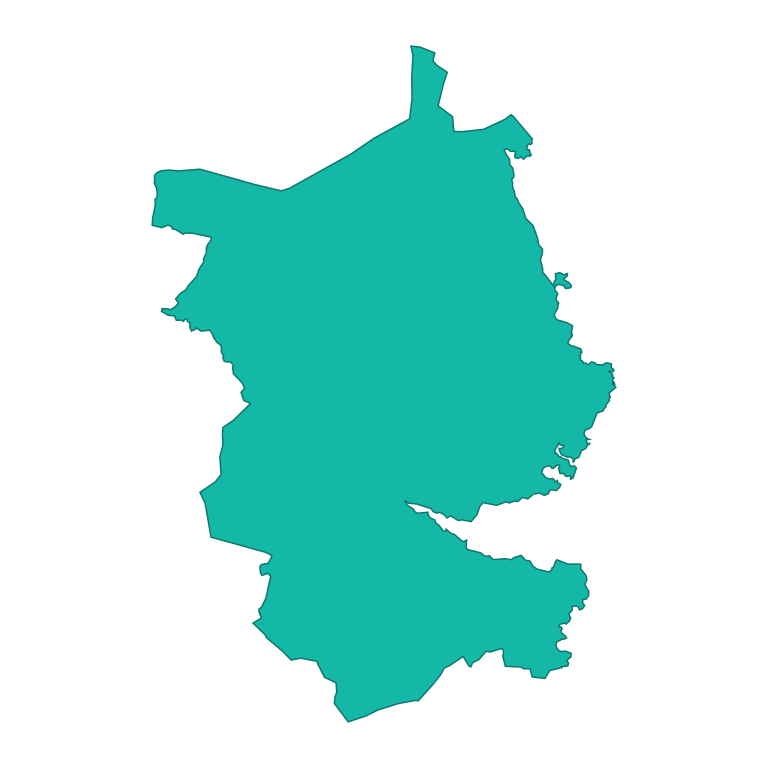 Andzeļu pag., Dagdas, Latvia
{"feature_id": "27541924B17639902411602", "entity_name": "Andzeļu pag.", "entity_type": "district", "adm_level": 2, "iso_a3": "LVA", "parent_name": "Latvia", "parent_adm1": "Dagdas", "projection": "albers", "projection_center": [27.55, 56.191], "detail": "fine", "context": "isolated", "style": "filled", "palette": "teal", "viewbox_px": 768, "rotation_deg": 0, "n_neighbors": 0, "source": "geoboundaries", "source_scale": "gbopen_adm2", "svg_char_len": 6122}
<svg xmlns="http://www.w3.org/2000/svg" viewBox="0 0 768 768"><path d="M175.6,298.9L178.4,303.0L176.0,306.1L170.6,309.9L168.4,308.9L162.2,308.6L161.5,311.4L168.0,315.2L174.7,316.0L176.3,320.3L181.6,320.1L183.5,321.4L185.1,318.8L186.5,318.9L187.6,321.6L189.9,322.8L189.9,327.5L191.4,331.0L194.7,329.7L196.2,327.9L201.0,331.1L209.9,330.2L212.1,333.5L213.9,338.0L217.0,342.4L220.8,345.3L221.5,348.2L221.3,351.8L222.4,354.3L223.7,355.1L222.7,357.5L224.4,361.5L230.8,362.1L233.6,365.7L232.6,366.9L233.4,373.7L242.4,383.2L244.6,388.3L241.0,392.3L243.4,399.3L244.2,400.9L248.7,402.4L250.1,404.0L233.3,420.4L223.0,427.4L222.4,434.7L222.9,442.7L222.5,446.7L219.8,456.7L221.1,474.5L215.3,481.9L200.0,492.3L205.1,503.2L211.0,537.2L265.2,552.2L271.7,555.4L271.3,557.6L268.1,563.3L261.6,564.4L259.9,566.4L260.5,573.1L262.0,575.5L267.9,573.2L270.7,576.3L265.9,598.2L261.6,607.0L258.9,609.3L259.1,611.9L260.1,613.7L259.6,614.0L261.5,618.0L253.0,623.1L265.2,634.9L266.8,638.0L282.3,651.0L291.1,660.0L300.7,658.2L317.2,661.3L317.7,663.7L324.5,677.3L336.1,682.8L336.7,692.3L335.0,697.0L334.3,703.4L348.2,721.9L366.2,715.8L377.9,710.0L398.1,703.6L415.5,700.4L418.3,700.8L433.5,683.8L440.9,674.4L444.2,668.1L449.5,665.6L463.1,656.5L469.2,666.4L471.0,666.7L472.6,662.7L478.9,659.6L486.1,651.3L490.0,652.0L502.1,648.4L503.4,650.9L503.5,654.1L502.7,655.6L505.3,666.3L520.8,667.0L523.2,668.6L530.2,669.0L532.2,677.0L545.0,678.4L549.8,670.5L559.1,668.3L561.3,666.8L561.5,667.7L562.4,666.5L567.8,666.0L568.5,663.2L567.0,660.4L570.9,656.8L571.2,653.3L565.4,651.1L560.2,651.5L557.6,649.5L555.9,645.6L556.7,641.8L560.8,640.0L561.4,638.9L563.6,639.4L566.6,638.0L565.6,636.1L561.4,632.8L560.9,630.5L562.2,628.9L561.0,627.0L559.3,626.9L559.1,626.0L560.1,624.2L564.3,623.2L566.0,624.1L569.3,621.2L570.7,618.2L568.8,614.0L572.1,610.3L572.2,606.5L576.1,605.9L578.2,606.9L579.5,609.8L582.6,608.7L584.6,605.5L582.8,603.4L582.7,599.7L586.5,598.9L588.6,595.6L588.7,591.4L584.9,584.6L586.9,579.7L585.9,575.2L580.6,568.8L580.9,564.8L580.5,564.1L568.0,564.1L557.0,559.8L555.6,561.3L553.6,567.1L551.9,568.0L551.9,569.5L549.9,571.5L547.7,571.7L536.8,569.0L532.6,565.8L530.0,561.0L525.6,560.3L521.1,555.4L514.3,557.5L511.0,559.7L505.0,558.7L494.0,559.6L492.1,558.7L489.6,555.8L485.0,556.3L480.7,552.8L467.4,549.5L466.1,547.2L466.6,540.0L464.2,541.4L462.3,541.3L454.7,534.7L450.1,532.8L446.2,529.1L446.0,530.6L443.4,531.2L439.3,525.6L435.8,523.0L434.9,520.0L430.2,517.8L428.4,515.1L427.8,512.3L417.2,513.2L414.7,511.5L413.3,509.0L406.9,505.0L406.4,504.0L407.1,502.8L404.8,501.6L405.7,500.6L406.9,502.4L408.9,503.2L416.7,504.0L431.2,508.7L433.1,511.6L436.6,513.1L440.0,512.4L444.8,515.2L446.9,518.0L450.5,515.8L458.2,520.5L462.1,519.9L471.1,521.6L476.8,515.0L479.9,506.5L483.0,502.7L496.7,505.3L506.1,501.8L509.5,503.0L513.8,501.2L518.0,501.4L522.7,497.4L527.8,498.9L533.5,494.1L539.8,493.1L544.3,495.4L548.5,493.6L549.6,490.6L551.3,489.7L556.5,490.5L559.7,487.2L560.8,484.4L557.8,482.9L557.4,480.5L555.0,482.0L554.1,479.6L552.3,478.4L550.1,479.1L545.9,477.8L541.8,472.9L541.9,471.1L542.9,469.6L542.8,468.2L547.5,466.0L550.7,466.4L551.7,468.3L553.5,468.3L556.8,465.2L559.2,465.1L559.9,465.9L558.7,468.1L558.8,469.6L560.1,473.6L563.6,473.3L565.2,475.8L566.9,476.5L570.6,475.8L571.3,476.5L570.3,478.5L570.5,479.3L573.1,478.0L576.4,468.0L574.3,465.8L570.5,466.5L568.0,459.9L562.7,458.5L561.2,457.0L559.2,456.7L556.3,453.1L555.2,453.2L555.0,449.4L557.8,445.7L557.8,443.8L559.2,443.0L560.0,444.9L564.0,445.5L563.5,446.9L561.1,448.7L559.1,448.4L559.5,450.8L561.5,454.7L567.5,457.2L570.5,456.9L573.3,459.3L573.1,462.0L574.1,461.4L575.0,458.7L578.7,457.4L581.5,450.6L585.5,448.7L587.7,444.9L590.5,443.4L587.7,443.6L586.2,441.3L586.5,439.7L589.3,439.4L586.6,438.2L584.4,435.5L584.1,433.3L585.3,429.9L588.8,428.9L591.7,426.6L597.1,412.9L603.2,410.9L604.0,408.8L606.1,406.7L606.0,404.8L609.4,400.7L608.8,399.1L610.3,397.1L609.0,393.1L615.8,387.4L614.2,385.6L614.8,384.7L614.5,384.0L612.6,384.2L612.7,382.8L614.1,382.6L613.0,381.5L612.5,379.5L614.0,377.8L612.5,376.6L612.7,374.3L608.3,371.1L612.4,371.8L613.8,371.0L613.8,369.6L611.4,367.7L611.2,363.7L606.3,362.8L602.4,364.9L596.7,364.7L595.0,362.9L591.5,361.8L588.5,364.7L585.2,362.9L583.6,363.3L582.6,361.2L580.2,359.9L580.7,357.4L579.5,355.9L580.9,354.7L580.6,352.9L582.0,352.0L581.0,350.6L581.0,349.1L573.3,346.0L571.7,346.2L567.8,343.3L568.8,340.6L572.1,336.0L572.3,334.3L571.5,332.5L572.6,325.8L566.8,322.6L556.9,319.8L554.3,315.8L554.9,313.1L557.7,308.4L558.2,304.9L557.7,304.1L558.7,303.2L556.1,299.8L556.4,297.0L557.8,294.0L554.9,289.8L554.7,287.9L556.4,285.4L559.8,284.4L564.5,286.2L564.9,287.8L566.0,288.5L570.5,287.8L571.5,286.0L569.2,282.8L564.0,279.9L565.0,277.9L567.3,275.9L567.4,273.6L563.7,274.7L559.6,272.6L555.4,273.8L555.7,279.2L554.1,282.0L553.6,286.0L544.0,273.6L543.4,273.7L542.6,272.2L542.7,268.9L540.4,259.3L542.4,253.6L542.5,249.0L538.7,244.9L537.7,238.6L533.1,225.7L525.6,218.1L522.9,208.9L518.6,202.6L517.1,198.7L515.3,196.8L514.2,191.0L512.8,188.4L512.4,184.4L512.8,183.2L511.7,180.7L512.4,178.3L513.7,177.3L514.0,175.3L512.7,168.0L509.7,164.4L509.6,159.5L505.6,153.4L504.1,149.2L508.1,149.1L510.1,151.2L514.9,151.4L515.5,152.4L514.7,156.2L515.4,157.8L517.7,158.3L521.4,157.1L523.5,159.2L526.8,156.2L530.3,156.0L531.3,154.9L529.8,152.5L529.6,150.0L527.0,149.4L526.9,147.0L528.3,143.6L530.5,144.6L532.0,143.4L531.8,138.9L532.2,138.8L513.1,116.2L511.0,114.7L505.1,119.3L483.6,129.3L462.1,131.7L453.9,131.4L452.5,116.6L438.1,105.8L443.3,84.5L447.3,72.3L437.2,65.6L432.9,60.9L434.8,52.9L419.7,47.0L410.9,46.1L413.0,55.3L411.8,76.6L412.0,98.9L409.6,118.8L374.3,138.1L350.5,154.3L290.0,188.0L281.5,190.9L254.7,184.5L200.1,169.2L178.6,170.9L168.6,170.0L160.7,170.9L156.8,172.7L154.5,175.7L154.7,182.2L154.1,182.8L156.6,188.0L157.4,194.3L156.6,198.0L155.0,199.4L155.3,204.8L152.6,218.4L152.2,225.3L161.8,227.6L168.1,225.1L171.4,226.5L172.8,229.2L175.3,229.3L183.2,234.3L185.2,233.0L192.8,233.3L211.1,237.1L211.0,240.2L207.8,244.3L206.4,247.7L206.4,252.9L203.4,259.1L204.0,261.5L199.0,269.1L196.7,276.3L188.1,285.9L186.2,289.6L180.6,293.1L175.6,298.9Z" fill="#14b8a6" stroke="#0f766e" stroke-width="1.5"/></svg>